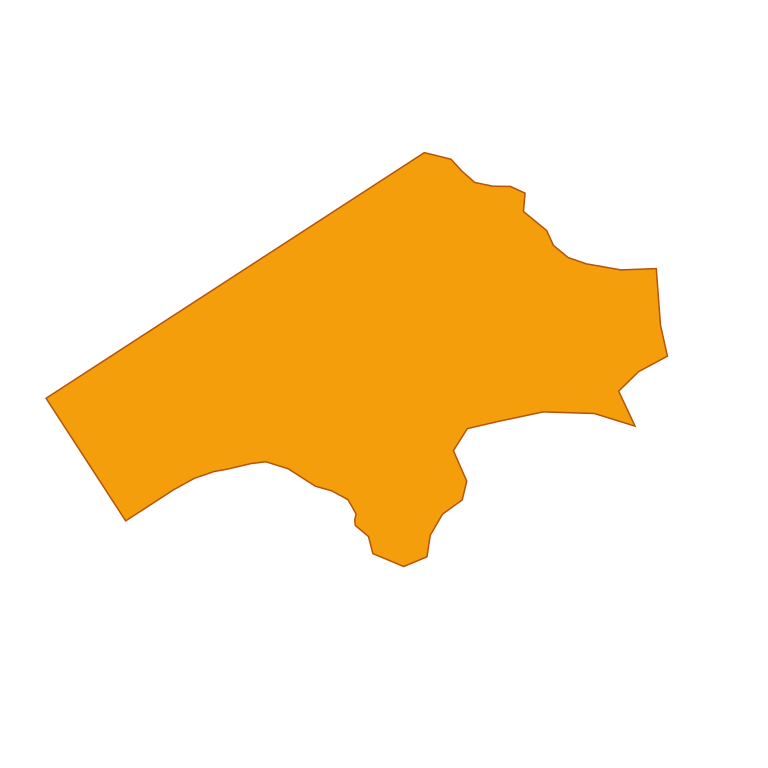 map outline of Rakai (Mercator projection), rotated 147°
{"feature_id": "UGA-3361", "entity_name": "Rakai", "entity_type": "District", "adm_level": 1, "iso_a3": "UGA", "parent_name": "Uganda", "parent_adm1": "", "projection": "mercator", "projection_center": [31.493, -0.733], "detail": "fine", "context": "isolated", "style": "filled", "palette": "amber", "viewbox_px": 768, "rotation_deg": 147, "n_neighbors": 0, "source": "natural_earth", "source_scale": "10m", "svg_char_len": 806}
<svg xmlns="http://www.w3.org/2000/svg" viewBox="0 0 768 768"><g transform="rotate(147 384 384)"><path d="M675.2,556.1L561.5,556.1L444.6,556.1L327.6,556.1L224.2,556.1L217.5,549.0L205.4,536.0L202.7,520.0L198.2,503.7L184.9,490.5L170.3,480.8L161.8,467.2L173.1,452.7L164.0,424.1L166.4,407.9L160.7,389.8L149.0,374.7L123.1,350.6L92.8,332.5L120.2,282.5L131.1,253.0L163.8,255.7L191.1,250.2L196.4,211.9L223.8,244.8L265.7,273.9L308.6,290.4L338.4,301.2L362.1,290.3L367.5,257.5L381.5,244.2L405.7,243.0L427.5,232.0L442.1,215.7L466.9,220.2L485.7,247.8L480.1,264.5L485.1,281.1L482.6,285.9L478.2,290.1L477.2,306.5L486.0,322.8L497.2,335.6L510.5,365.0L525.4,383.1L538.9,389.7L562.5,398.2L574.3,403.2L594.5,408.2L618.0,409.9L675.2,409.9L675.2,556.0L675.2,556.1Z" fill="#f59e0b" stroke="#b45309" stroke-width="1.5"/></g></svg>